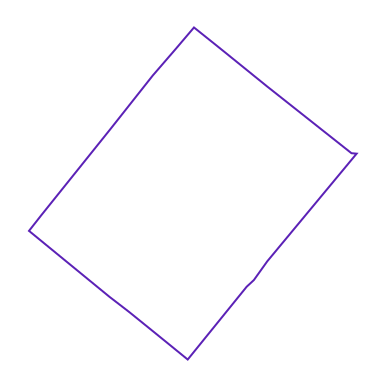 outline of Tamboara, Paraná, Brazil, rotated 219°
{"feature_id": "56859067B83324899582863", "entity_name": "Tamboara", "entity_type": "district", "adm_level": 2, "iso_a3": "BRA", "parent_name": "Brazil", "parent_adm1": "Paraná", "projection": "natural_earth1", "projection_center": [-52.482, -23.199], "detail": "fine", "context": "isolated", "style": "outline", "palette": "violet", "viewbox_px": 384, "rotation_deg": 219, "n_neighbors": 0, "source": "geoboundaries", "source_scale": "gbopen_adm2", "svg_char_len": 403}
<svg xmlns="http://www.w3.org/2000/svg" viewBox="0 0 384 384"><g transform="rotate(219 192 192)"><path d="M294.5,78.6L294.2,59.2L190.2,58.6L165.5,59.2L124.6,59.2L89.9,59.1L89.9,70.9L89.9,152.8L88.5,162.5L89.9,185.5L88.2,325.4L92.5,322.5L200.1,321.3L216.1,321.3L246.2,321.3L257.1,321.3L294.0,321.1L294.7,292.2L295.8,257.9L295.0,189.0L294.5,78.6Z" fill="none" stroke="#5b21b6" stroke-width="2"/></g></svg>